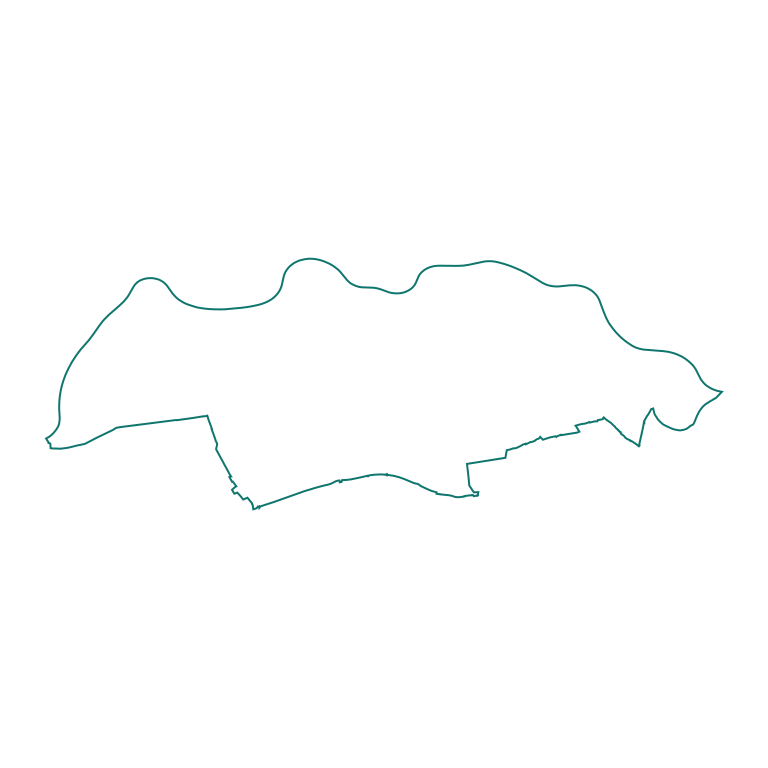 outline of Oss, Noord-Brabant, Netherlands
{"feature_id": "6326949B89866166978709", "entity_name": "Oss", "entity_type": "district", "adm_level": 2, "iso_a3": "NLD", "parent_name": "Netherlands", "parent_adm1": "Noord-Brabant", "projection": "robinson", "projection_center": [5.54, 51.778], "detail": "fine", "context": "isolated", "style": "outline", "palette": "teal", "viewbox_px": 768, "rotation_deg": 0, "n_neighbors": 0, "source": "geoboundaries", "source_scale": "gbopen_adm2", "svg_char_len": 5974}
<svg xmlns="http://www.w3.org/2000/svg" viewBox="0 0 768 768"><path d="M46.1,438.5L48.4,442.2L48.5,443.0L49.6,443.1L50.1,443.6L50.4,444.1L50.5,444.6L50.4,445.7L50.5,446.4L50.6,448.2L51.6,448.4L60.6,448.7L65.5,448.1L69.1,447.5L76.7,445.6L84.4,444.0L85.3,443.7L96.4,437.9L113.0,429.9L115.9,428.0L117.4,427.6L120.3,427.1L176.2,420.0L176.6,420.2L177.5,420.1L192.7,418.0L202.6,416.4L202.6,416.5L206.6,416.0L207.3,415.7L208.5,419.6L211.9,428.8L211.6,428.9L215.1,438.7L215.8,441.1L217.0,443.3L217.1,443.7L217.1,444.7L216.2,448.7L216.1,449.1L216.4,449.8L223.4,462.7L224.9,465.6L225.1,465.8L229.5,474.0L231.0,476.3L230.9,476.3L230.8,476.2L230.4,476.4L230.5,476.5L229.4,477.0L232.1,481.8L232.8,481.6L236.3,486.3L234.4,487.6L232.0,489.8L234.3,493.7L234.5,493.7L237.3,492.6L240.5,496.1L243.2,499.5L243.4,499.5L247.4,497.7L251.6,502.8L252.0,503.8L252.1,503.7L252.7,505.1L253.3,509.3L256.4,508.3L256.9,507.9L257.5,507.1L257.6,507.4L258.8,507.0L259.0,507.3L259.3,507.4L259.2,506.6L259.6,506.6L259.6,507.2L259.8,506.9L260.0,506.8L260.0,506.4L260.2,506.5L263.7,505.3L266.5,504.4L274.2,501.9L304.3,491.2L316.6,487.5L321.8,486.1L328.4,484.5L330.3,484.0L332.7,482.9L335.5,481.4L336.8,480.9L338.1,480.6L339.4,480.5L339.5,480.9L339.8,482.3L341.6,481.9L341.9,480.3L342.1,480.1L346.8,479.9L350.8,479.4L358.6,477.8L367.4,475.8L367.9,476.3L368.2,476.2L368.3,475.7L369.8,475.3L373.4,474.8L376.2,474.6L381.7,474.4L386.0,474.8L386.3,475.0L386.2,474.3L386.9,474.1L387.0,474.7L387.3,474.8L394.1,475.9L399.4,477.3L404.4,479.1L414.0,483.1L417.9,484.0L418.8,484.5L420.4,485.7L421.5,486.4L428.4,489.6L431.8,491.0L436.6,492.3L436.5,493.8L440.1,494.3L440.1,494.2L441.5,494.4L441.6,494.5L449.5,495.3L452.1,495.9L455.0,496.9L457.4,497.2L458.9,497.2L461.1,496.9L462.2,496.9L464.6,496.4L464.5,496.1L465.6,495.9L470.3,495.3L471.1,495.3L471.1,495.2L472.3,495.0L472.8,495.0L473.7,496.2L474.0,496.2L475.6,495.8L476.2,495.8L476.1,495.7L477.5,495.3L477.4,495.2L477.8,494.9L478.0,494.1L478.3,492.1L473.9,492.4L469.3,485.6L468.4,476.0L467.0,463.9L505.4,457.8L506.8,450.2L509.7,449.6L513.4,448.3L514.6,448.4L516.8,447.8L520.3,446.1L522.9,444.6L525.6,443.7L525.9,444.3L530.2,442.2L530.6,442.0L531.3,442.1L534.5,441.0L535.7,440.0L536.9,439.2L537.3,439.0L538.4,438.8L539.1,438.3L539.9,437.4L540.2,436.9L542.9,439.7L549.7,437.5L550.9,437.2L555.5,436.3L556.3,436.9L556.6,436.5L560.8,434.8L561.0,435.2L577.1,432.6L579.4,431.7L577.7,428.9L575.6,425.7L578.6,424.8L581.8,424.0L585.5,423.5L589.3,422.1L589.5,422.5L590.0,422.5L595.0,421.3L596.7,421.4L597.3,421.3L597.5,421.1L597.8,420.1L602.0,419.4L602.9,419.0L603.0,418.6L603.6,418.0L603.6,417.8L603.5,417.6L603.7,417.4L606.3,419.7L611.1,423.0L612.8,424.8L614.6,426.3L615.9,428.0L616.8,428.8L618.3,430.0L619.2,431.2L619.5,431.4L619.3,431.4L619.5,431.6L620.3,432.2L621.0,433.6L621.3,434.1L623.7,435.7L624.5,436.6L625.5,437.9L627.1,438.9L629.8,440.2L630.1,440.6L630.6,441.1L630.9,441.1L630.8,440.7L631.5,441.0L636.4,444.3L638.9,446.3L639.6,445.3L639.4,444.7L639.2,444.6L642.1,431.7L643.0,427.5L644.0,422.0L644.3,422.3L644.3,422.1L644.1,421.9L644.0,421.5L646.9,416.2L648.4,414.2L650.5,410.5L651.0,409.3L653.2,408.5L653.7,410.8L654.4,413.6L655.1,415.0L655.9,416.3L656.6,417.2L657.7,419.1L659.0,420.6L660.5,422.1L663.2,424.5L668.2,427.0L672.6,428.9L674.5,429.5L678.9,430.3L680.9,430.3L683.5,429.8L686.2,429.0L688.6,427.4L690.5,425.8L693.2,424.5L694.3,422.4L695.5,419.5L696.9,416.1L698.8,412.2L700.5,409.6L702.7,406.8L704.4,405.2L706.2,403.8L710.1,401.3L716.1,397.8L721.9,391.8L717.5,390.9L714.7,390.0L712.0,388.9L709.3,387.4L706.5,385.6L705.1,384.4L703.0,382.2L701.1,379.7L700.1,377.9L695.7,369.3L694.3,367.2L692.6,365.0L690.2,362.7L687.9,360.7L684.8,358.4L682.0,356.7L679.3,355.4L676.6,354.2L673.8,353.2L668.4,351.8L662.9,351.1L643.7,349.6L641.0,349.1L638.3,348.4L635.5,347.4L632.8,346.1L630.1,344.4L625.5,341.2L622.8,339.0L620.4,336.9L616.2,332.6L612.7,328.3L609.5,324.0L608.2,321.8L606.0,317.5L603.4,311.1L599.4,300.3L598.4,298.2L597.1,296.0L595.3,293.9L593.0,291.7L591.3,290.4L589.2,289.1L586.5,287.7L583.7,286.7L581.0,286.0L578.3,285.5L575.5,285.2L570.0,285.3L559.1,286.4L556.3,286.5L553.6,286.3L550.9,285.9L548.1,285.3L545.4,284.3L542.7,283.0L531.7,276.3L526.3,273.1L520.8,270.4L515.3,268.0L512.6,266.9L509.8,265.8L504.4,264.0L498.9,262.5L496.2,261.9L493.4,261.4L490.7,261.2L487.9,261.2L485.2,261.4L482.5,261.9L468.8,264.8L463.3,265.6L457.8,265.9L438.1,265.7L433.6,266.2L429.9,267.2L427.1,268.4L424.8,269.7L422.7,271.3L420.7,273.2L419.5,274.8L418.6,276.3L415.9,282.7L414.7,284.9L413.0,287.0L411.2,288.7L408.4,290.5L405.7,291.8L402.9,292.7L400.2,293.2L397.5,293.4L394.7,293.3L392.0,293.0L389.2,292.4L381.0,289.4L378.3,288.6L375.6,288.0L372.8,287.7L361.9,287.3L359.1,286.9L356.4,286.1L353.7,285.0L350.9,283.5L349.7,282.6L347.4,280.5L340.3,271.9L338.2,269.7L335.5,267.6L332.4,265.4L329.0,263.5L323.6,261.2L320.8,260.3L318.1,259.6L315.4,259.1L312.6,258.8L309.9,258.7L307.1,258.9L304.4,259.3L301.7,259.9L298.9,260.7L296.2,261.9L293.7,263.2L290.8,265.4L288.6,267.5L286.9,269.7L285.5,271.8L284.5,274.0L283.8,276.1L281.9,284.7L281.3,286.8L280.4,289.0L279.3,291.1L277.8,293.3L276.0,295.4L274.2,297.2L271.5,299.3L268.7,301.0L266.0,302.3L263.2,303.4L260.5,304.3L257.7,305.0L252.3,306.2L246.8,307.1L241.3,307.8L230.4,308.8L224.9,309.3L219.4,309.4L213.9,309.3L208.4,309.0L203.0,308.4L197.5,307.5L192.0,305.9L186.5,304.0L183.8,302.7L181.1,301.1L178.3,299.3L175.6,296.9L172.3,293.2L167.8,286.8L166.1,284.6L163.8,282.5L161.9,281.2L159.2,279.7L156.4,278.9L153.7,278.3L151.0,278.1L148.2,278.2L145.5,278.6L142.7,279.4L140.0,280.5L137.3,282.3L135.0,284.6L133.5,286.8L128.6,295.3L127.1,297.5L123.5,301.8L118.9,306.1L109.0,314.7L104.7,319.0L102.8,321.1L99.5,325.4L93.5,334.0L88.7,340.4L81.1,349.0L79.4,351.2L76.2,355.5L72.0,361.9L68.5,368.4L65.5,374.8L63.2,381.2L61.9,385.5L60.9,389.8L59.8,396.3L59.4,400.6L59.2,404.9L59.2,409.2L59.7,417.7L59.6,419.9L59.4,422.0L59.0,424.2L58.2,426.3L57.0,428.5L55.5,430.6L53.7,432.8L51.6,434.9L49.5,436.6L46.1,438.5Z" fill="none" stroke="#0f766e" stroke-width="2"/></svg>